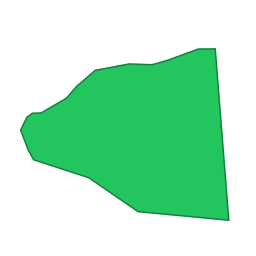 the Municipality of Izola, rotated 94°
{"feature_id": "SVN-1027", "entity_name": "Izola", "entity_type": "Municipality", "adm_level": 1, "iso_a3": "SVN", "parent_name": "Slovenia", "parent_adm1": "", "projection": "orthographic", "projection_center": [13.637, 45.516], "detail": "fine", "context": "isolated", "style": "filled", "palette": "green", "viewbox_px": 256, "rotation_deg": 94, "n_neighbors": 0, "source": "natural_earth", "source_scale": "10m", "svg_char_len": 373}
<svg xmlns="http://www.w3.org/2000/svg" viewBox="0 0 256 256"><g transform="rotate(94 128 128)"><path d="M43.0,46.5L213.0,21.0L210.8,112.0L180.3,163.8L166.3,219.9L157.7,225.6L137.6,235.0L124.4,229.7L119.9,224.4L119.1,215.9L102.6,191.6L89.9,182.0L72.7,164.7L64.0,131.2L63.2,108.5L57.9,93.7L44.3,63.4L43.0,46.5Z" fill="#22c55e" stroke="#15803d" stroke-width="1.5"/></g></svg>